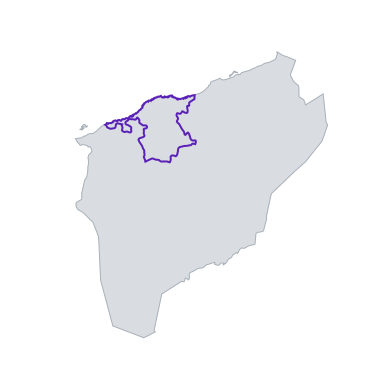 Saudi Arabia, with Makkah highlighted, rotated 99°
{"feature_id": "SAU-888", "entity_name": "Makkah", "entity_type": "Region", "adm_level": 1, "iso_a3": "SAU", "parent_name": "Saudi Arabia", "parent_adm1": "", "projection": "albers", "projection_center": [40.65, 21.044], "detail": "fine", "context": "in_parent", "style": "outline", "palette": "violet", "viewbox_px": 384, "rotation_deg": 99, "n_neighbors": 0, "source": "natural_earth", "source_scale": "10m", "svg_char_len": 9528}
<svg xmlns="http://www.w3.org/2000/svg" viewBox="0 0 384 384"><g transform="rotate(99 192 192)"><path d="M293.6,268.4L252.5,276.9L250.2,277.6L237.6,285.0L229.2,296.5L227.3,301.9L226.3,302.8L224.6,303.9L223.0,304.7L220.4,304.7L217.3,300.7L216.5,299.9L215.8,299.9L210.2,300.7L198.5,300.0L196.6,299.7L194.0,298.5L193.3,298.2L192.6,298.2L186.6,298.3L183.6,298.8L180.7,298.7L177.7,299.0L176.7,299.5L175.5,299.5L174.8,300.0L174.1,300.2L173.4,299.9L172.4,300.0L171.1,299.6L170.1,298.8L169.3,298.0L168.4,297.6L167.4,297.3L166.6,297.4L165.5,297.9L164.8,298.3L163.2,299.9L163.1,300.4L163.9,301.3L163.7,301.8L162.7,302.3L162.4,303.8L162.3,304.6L162.2,306.5L162.6,308.0L163.2,308.5L163.3,309.1L163.0,310.4L162.1,310.8L161.4,312.1L161.0,312.6L160.3,313.3L157.5,315.5L157.3,314.2L156.4,312.4L156.3,311.1L155.9,309.8L155.1,308.8L153.7,307.7L153.5,306.3L152.5,304.9L151.1,303.8L150.3,301.7L149.7,298.9L146.0,295.2L141.4,291.8L140.0,289.9L137.8,286.0L136.6,283.0L133.6,279.4L133.4,278.0L133.0,276.4L132.3,274.5L131.9,273.0L128.8,266.6L127.9,265.6L127.0,264.2L126.8,263.1L126.5,262.4L124.4,261.4L122.4,258.7L116.5,254.4L113.6,254.0L111.3,252.4L109.6,250.4L107.9,246.9L104.7,243.2L102.1,237.8L103.0,235.9L102.9,234.5L102.1,232.3L101.2,230.5L100.6,228.8L101.2,226.4L101.4,223.7L101.9,222.3L102.3,220.8L101.8,217.6L101.0,215.9L101.1,214.8L100.1,214.2L99.3,213.0L100.1,213.0L98.6,211.3L98.1,210.4L97.5,208.1L96.8,206.3L94.5,202.3L93.4,199.9L90.9,196.7L88.2,194.4L86.5,193.3L85.7,192.3L84.2,192.2L82.7,190.8L81.6,190.8L80.3,190.5L78.7,187.9L77.4,185.4L75.2,182.1L75.8,181.3L76.5,179.9L76.2,178.1L75.9,176.9L74.9,174.7L71.8,169.1L71.0,168.3L69.6,167.3L68.8,164.9L68.5,162.8L66.3,161.7L62.7,153.9L60.5,151.2L59.7,149.3L57.3,146.3L56.1,143.3L53.6,140.5L51.6,135.7L48.3,130.9L46.9,130.0L43.4,129.6L42.0,129.2L40.6,130.2L40.5,128.8L41.5,127.1L43.0,123.3L43.4,120.0L45.8,110.2L60.5,113.2L61.3,113.1L67.1,108.7L70.3,103.5L71.1,103.0L81.0,101.2L81.3,100.9L83.3,96.3L83.6,96.0L83.9,95.7L88.2,93.5L81.4,85.5L74.5,77.8L101.9,70.5L102.4,70.3L104.5,68.5L116.5,70.6L121.1,71.5L122.6,72.2L144.5,84.7L155.3,93.6L181.1,113.3L181.4,113.4L204.3,114.7L206.7,114.1L213.0,114.7L219.3,115.3L220.6,117.6L221.1,119.2L221.6,120.8L222.9,122.3L228.2,122.0L233.7,121.6L234.5,123.0L234.9,124.5L236.5,127.9L238.7,130.5L239.3,131.5L239.7,132.9L239.4,133.5L239.3,134.1L240.9,135.6L243.5,136.7L244.5,137.0L245.6,137.4L244.8,138.4L246.4,140.3L248.2,142.2L250.1,142.5L252.8,145.5L256.7,147.2L259.2,149.7L259.0,149.8L258.3,149.5L257.4,149.2L257.2,149.6L257.3,150.7L257.6,151.9L258.8,153.0L259.9,153.7L260.4,155.2L259.8,158.5L259.5,158.5L258.9,158.3L258.3,158.2L258.0,158.4L258.9,160.8L259.7,162.5L260.6,163.9L261.4,165.9L262.1,166.8L264.7,168.8L265.6,170.7L266.5,174.1L268.2,175.9L269.1,177.3L270.3,178.5L271.2,180.2L272.3,181.4L272.8,181.7L273.7,181.8L274.7,181.8L275.9,181.3L277.1,180.9L278.2,181.5L279.2,181.4L279.4,182.0L278.7,182.9L278.0,185.1L279.3,185.3L280.4,185.4L281.3,185.7L281.8,185.7L281.8,186.1L282.0,188.2L282.3,188.9L297.5,205.9L334.8,207.8L335.0,207.7L335.9,206.4L343.5,216.8L336.7,249.2L293.6,268.4ZM145.2,310.2L146.3,310.3L145.8,309.8L145.7,309.6L146.2,308.8L147.9,310.3L147.9,312.1L147.8,312.5L147.3,312.1L147.0,311.7L146.9,311.3L146.4,310.9L144.8,311.2L143.8,310.7L142.3,309.3L141.9,308.2L142.5,308.0L143.2,307.5L143.6,306.6L143.2,305.7L144.1,305.9L144.5,306.8L144.6,308.8L144.8,309.2L144.5,309.7L145.2,310.2ZM71.4,173.2L71.1,173.2L70.1,172.1L69.5,171.3L68.9,170.7L66.2,169.6L65.9,168.9L66.3,168.2L66.6,168.9L67.1,169.3L69.3,170.4L71.8,172.5L72.2,172.7L71.4,173.2ZM67.2,167.9L67.1,168.1L66.5,167.5L66.6,166.3L67.1,165.6L67.0,166.6L67.2,167.5L67.2,167.9Z" fill="#d9dde1" stroke="#a8b0b8" stroke-width="1"/><path d="M139.1,288.2L138.8,287.8L138.7,287.5L138.5,287.3L138.6,287.1L138.0,287.0L138.2,286.8L137.9,286.5L137.6,286.5L137.7,286.2L137.7,285.8L137.7,285.7L137.2,285.7L137.2,285.2L136.9,284.5L136.7,283.6L136.7,282.8L136.6,282.6L136.4,282.5L136.3,282.1L135.7,281.6L135.5,281.1L135.1,280.8L134.8,281.1L134.3,280.8L133.7,279.7L133.3,279.1L133.3,278.6L133.9,277.0L133.7,276.7L133.3,276.5L132.7,276.4L132.5,275.8L132.2,275.3L132.2,275.0L132.5,274.3L132.6,273.7L132.8,273.3L132.6,273.0L132.4,272.9L131.4,272.6L131.2,272.4L130.7,271.5L130.9,270.9L130.7,270.2L130.4,270.0L130.3,269.6L130.1,269.4L129.5,268.9L129.5,268.5L129.3,268.3L129.2,267.7L129.5,267.2L129.4,267.0L129.5,266.9L129.3,266.4L127.7,265.7L126.9,265.0L126.6,264.8L126.6,264.7L127.1,264.9L127.2,264.2L127.1,263.4L127.0,263.1L126.3,262.1L126.0,261.9L125.0,261.8L124.9,262.0L125.0,262.4L124.8,262.2L124.6,261.9L124.5,261.4L124.3,261.3L123.7,260.4L123.1,260.0L123.3,259.5L123.2,259.2L121.9,258.4L121.8,258.2L121.5,258.1L121.1,257.6L120.3,257.3L120.0,257.2L119.3,256.6L118.8,256.0L118.8,255.8L118.6,255.6L117.8,255.4L117.2,254.8L117.2,254.7L116.6,254.2L116.3,254.1L116.0,254.1L115.3,254.2L115.2,254.4L113.9,253.7L114.0,254.0L114.5,254.4L114.4,254.5L114.2,254.4L112.5,253.3L111.8,253.0L111.6,252.5L110.1,251.3L109.3,249.8L109.0,249.6L109.4,249.3L109.0,249.1L108.6,248.8L108.4,248.0L107.9,247.4L107.8,247.1L108.1,246.8L107.4,246.6L107.5,246.8L107.4,246.8L107.1,246.6L106.9,246.4L107.0,246.1L106.8,245.9L106.9,245.7L107.0,245.9L107.4,246.0L107.2,245.5L106.8,245.2L106.7,245.2L106.7,245.5L105.9,244.9L105.6,244.5L105.7,244.2L105.9,244.4L105.9,244.1L105.5,243.8L105.0,243.9L104.5,243.0L104.5,242.4L104.4,242.2L104.2,242.1L104.2,241.7L103.3,241.0L103.0,240.1L103.2,239.7L102.6,238.6L102.4,238.5L101.9,237.8L103.1,236.7L103.2,236.4L103.3,235.9L103.2,235.4L102.9,235.2L103.1,234.9L103.1,234.7L102.9,234.2L102.7,234.5L102.2,234.1L102.4,234.0L102.1,233.6L102.1,232.2L101.9,231.8L101.9,231.6L102.3,231.4L102.4,230.9L102.3,230.7L102.1,231.2L101.8,231.3L101.7,230.9L101.4,230.6L101.3,230.1L101.1,230.0L100.5,229.1L100.1,228.2L99.8,226.8L99.9,226.5L100.2,226.4L100.6,226.9L100.9,226.9L101.0,226.1L101.3,225.8L101.5,224.9L101.5,224.6L101.4,224.6L101.2,225.1L101.1,224.9L101.3,224.3L101.3,223.7L101.5,223.2L101.9,222.7L102.1,222.0L102.5,221.6L102.7,221.1L103.0,220.8L103.0,220.6L102.8,220.3L102.6,220.4L102.3,221.1L101.9,221.2L101.9,220.7L102.1,220.1L102.0,219.2L102.1,218.3L102.0,217.9L101.5,217.1L100.7,215.5L100.8,215.3L101.2,215.0L101.1,214.9L100.2,213.8L100.5,214.4L100.6,215.1L99.9,214.1L99.6,213.6L98.8,212.3L98.8,212.1L99.3,212.3L99.7,213.3L100.1,213.5L100.3,213.5L100.5,213.2L100.1,212.6L99.7,212.3L99.5,211.7L98.6,211.4L98.3,211.4L98.1,211.2L97.8,210.5L98.0,210.3L98.2,209.9L98.1,208.8L97.9,208.7L97.8,209.0L97.1,207.7L96.9,207.4L96.4,206.3L96.3,205.6L96.0,204.8L95.9,204.5L98.2,204.4L99.6,204.1L100.0,204.2L100.3,204.5L100.9,205.5L102.2,206.7L103.3,208.1L103.7,208.4L104.0,208.6L104.5,208.7L106.6,208.4L107.0,208.4L107.3,208.5L107.5,208.8L107.6,209.8L107.7,210.0L108.1,210.2L109.2,210.0L112.3,209.0L113.6,208.9L114.2,209.0L114.5,209.2L114.7,209.5L114.8,210.1L114.8,210.5L114.7,211.6L113.9,213.5L113.8,213.8L113.8,214.1L114.0,214.4L115.7,215.0L116.2,215.5L116.5,215.8L116.6,216.1L116.7,216.8L116.4,218.4L116.5,218.7L116.6,219.0L117.0,219.2L117.9,219.3L118.6,219.3L119.0,219.2L119.3,219.0L120.8,217.7L121.4,217.3L121.9,217.3L122.2,217.3L124.4,218.0L124.8,218.0L125.1,217.8L125.5,217.4L126.6,215.8L127.1,215.1L131.3,211.9L133.3,209.8L134.1,209.2L136.1,208.4L136.4,208.1L136.6,207.6L136.5,207.3L136.2,207.0L134.3,205.9L134.1,205.7L134.0,205.3L134.1,204.9L134.6,204.5L135.2,204.0L137.1,202.9L139.6,201.8L140.3,201.1L140.7,200.6L141.0,199.7L141.0,198.7L140.6,197.4L140.5,197.0L140.6,196.7L140.8,196.4L141.4,196.1L142.3,196.0L144.2,196.3L144.1,197.8L144.1,198.8L144.2,199.1L144.5,199.4L145.4,200.0L145.7,200.3L146.0,200.8L146.8,203.3L147.3,204.5L147.7,206.7L149.6,211.2L150.0,211.6L150.3,211.9L150.9,212.2L151.7,212.4L154.0,212.3L157.2,212.5L158.2,212.8L158.9,213.3L159.1,213.6L159.2,213.9L158.9,214.9L158.9,216.9L159.0,217.3L159.3,217.9L159.6,218.2L160.0,218.4L160.9,218.6L163.0,218.1L163.6,218.0L165.7,218.4L166.0,218.5L166.2,218.8L165.8,221.2L165.8,221.8L166.7,227.1L166.7,227.4L166.6,227.7L166.4,228.4L165.6,229.6L165.5,229.9L165.7,232.8L165.6,233.5L165.1,235.8L165.1,236.5L165.4,237.1L169.3,242.8L167.7,243.4L165.5,244.8L165.0,245.0L164.5,245.1L163.6,244.7L162.8,244.7L161.7,244.9L160.5,245.4L159.3,245.5L158.8,245.6L158.4,245.8L158.0,246.0L157.1,246.9L154.2,248.6L150.5,252.0L149.2,252.8L148.7,253.0L148.3,253.0L148.0,252.9L147.4,252.5L147.1,252.2L145.3,248.7L144.5,247.9L143.8,247.8L143.5,247.9L142.1,248.7L141.5,248.9L139.4,249.0L137.9,249.5L137.6,249.5L137.1,249.3L137.0,249.0L136.3,247.4L136.1,247.1L135.8,246.8L135.3,246.6L134.6,246.6L134.0,247.0L133.5,247.6L133.5,247.9L133.5,248.5L133.8,250.1L133.9,250.8L133.8,251.2L132.7,253.1L132.2,254.4L131.8,254.7L131.5,254.9L129.7,255.2L128.8,255.5L127.4,257.0L127.2,257.3L127.1,257.6L127.2,257.9L127.5,258.1L127.8,258.3L128.9,258.6L129.2,259.0L129.4,259.3L129.5,260.0L129.3,261.9L129.7,263.3L129.6,264.9L129.8,265.5L130.2,265.9L131.4,266.5L131.7,266.8L132.7,268.1L133.3,268.5L133.7,268.6L134.4,268.5L135.0,268.3L135.3,268.1L135.6,267.5L135.9,265.8L136.9,263.2L137.3,262.5L137.6,262.2L138.2,262.0L139.5,262.0L140.1,261.9L141.1,261.5L141.8,261.4L142.0,261.5L142.4,261.7L142.8,262.3L142.9,262.6L142.9,263.2L142.5,265.3L142.5,265.7L142.6,266.4L143.2,267.5L143.3,267.9L143.3,268.2L142.7,270.2L142.5,270.4L142.0,270.8L141.5,270.8L139.9,270.7L139.2,270.7L138.2,271.2L137.2,271.9L136.9,271.9L136.1,271.5L136.0,271.9L135.9,275.6L136.0,276.6L136.3,277.2L136.6,277.5L137.2,277.7L139.5,277.7L140.1,277.8L140.7,278.1L141.1,278.7L142.3,282.2L142.2,283.1L141.7,285.1L141.4,285.7L141.0,286.2L139.8,287.0L139.4,287.5L139.1,288.2Z" fill="none" stroke="#5b21b6" stroke-width="2"/></g></svg>